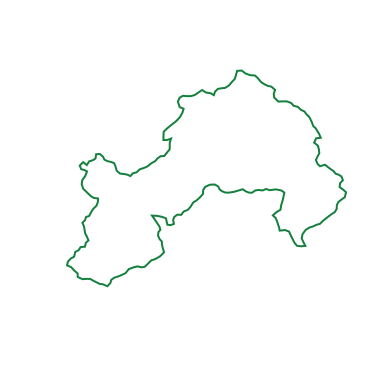 Prados, Minas Gerais, Brazil (orthographic projection), rotated 67°
{"feature_id": "56859067B1815621607737", "entity_name": "Prados", "entity_type": "district", "adm_level": 2, "iso_a3": "BRA", "parent_name": "Brazil", "parent_adm1": "Minas Gerais", "projection": "orthographic", "projection_center": [-44.058, -21.117], "detail": "fine", "context": "isolated", "style": "outline", "palette": "green", "viewbox_px": 384, "rotation_deg": 67, "n_neighbors": 0, "source": "geoboundaries", "source_scale": "gbopen_adm2", "svg_char_len": 3245}
<svg xmlns="http://www.w3.org/2000/svg" viewBox="0 0 384 384"><g transform="rotate(67 192 192)"><path d="M245.7,306.7L243.9,302.7L241.3,300.6L240.5,296.8L240.9,293.1L240.9,289.3L240.7,284.8L238.3,280.3L238.5,275.4L239.2,271.1L241.5,268.1L242.4,264.8L240.6,260.1L239.0,256.2L239.4,252.0L238.7,246.5L236.6,241.3L232.1,240.8L228.7,240.2L225.8,239.1L222.9,240.2L218.9,240.3L215.9,238.7L214.4,235.9L211.4,235.4L208.1,236.0L202.5,237.1L198.1,238.0L200.2,233.7L203.3,229.1L206.2,226.2L209.2,226.9L212.6,227.4L214.1,224.7L214.3,221.1L210.4,220.3L208.1,218.2L207.1,214.4L208.8,210.9L206.7,207.2L206.8,202.9L205.2,199.4L202.1,194.9L201.4,190.6L199.9,186.4L198.0,182.6L194.6,181.0L192.4,177.8L192.3,172.6L194.0,168.1L197.1,165.7L200.2,165.6L203.0,164.1L205.4,161.7L206.8,158.9L208.2,153.7L208.8,148.5L209.3,144.2L212.1,142.5L214.6,140.1L216.1,137.1L215.3,133.1L216.1,130.0L218.1,126.5L218.2,122.6L220.7,119.8L222.3,113.9L225.4,109.3L228.6,107.2L231.2,109.0L234.8,111.6L238.8,114.9L242.9,117.5L243.6,122.4L245.1,126.7L248.6,125.2L251.8,125.1L255.2,125.5L258.9,125.7L261.8,126.4L263.4,121.2L266.4,118.1L271.9,118.0L275.8,117.7L279.2,117.4L282.6,116.3L284.7,112.5L285.9,108.7L282.1,109.0L277.6,109.2L274.0,106.7L271.3,102.2L270.6,97.9L271.0,93.6L270.8,90.4L271.3,86.7L269.6,82.4L268.5,78.3L267.2,73.5L266.2,68.3L264.1,65.4L260.7,63.8L258.5,61.4L257.4,57.5L256.5,53.4L252.4,50.3L248.8,52.0L245.1,54.2L241.8,52.3L240.1,48.5L236.2,48.3L233.2,50.4L231.2,52.7L228.1,53.5L224.4,55.9L218.9,58.9L218.3,64.1L215.1,65.5L210.9,65.4L208.3,62.5L206.1,59.7L202.6,58.6L198.5,58.0L194.2,60.3L191.1,56.7L192.4,52.3L188.2,52.3L184.9,52.8L181.7,53.2L178.8,54.6L174.1,54.4L168.9,54.7L165.0,56.3L161.9,57.0L159.1,59.5L155.0,61.3L152.3,64.8L148.9,65.9L145.7,69.2L143.8,73.6L142.5,77.2L137.3,79.4L133.5,78.4L130.5,75.6L126.0,77.8L123.9,80.8L121.3,83.1L117.8,85.5L112.9,86.9L109.3,88.6L107.2,92.8L103.6,96.6L99.7,98.7L98.1,103.1L101.5,105.8L104.7,108.5L106.2,112.1L108.4,116.3L109.1,120.9L108.0,124.5L107.2,127.9L108.6,131.6L111.4,134.0L108.3,136.3L105.7,140.5L102.1,142.8L102.8,146.6L103.8,151.6L103.3,155.6L101.9,159.0L99.9,162.8L100.4,166.6L103.3,169.7L109.0,170.2L112.1,167.2L115.3,169.9L118.2,173.6L120.5,178.6L122.3,185.3L124.0,190.9L125.5,194.5L129.1,196.3L133.0,198.0L134.5,194.2L134.6,190.4L138.1,193.3L143.9,195.8L146.3,200.3L148.0,203.5L146.8,206.9L147.6,210.7L149.1,213.5L149.7,218.4L151.0,222.7L151.1,226.6L150.7,231.1L152.2,235.4L151.7,239.2L153.3,242.5L150.9,244.6L149.1,247.2L147.0,251.0L143.1,253.0L138.2,252.4L135.0,252.4L132.8,254.7L130.6,257.7L128.0,260.0L124.8,260.1L121.1,261.9L119.8,265.5L123.5,267.8L124.0,270.9L123.6,274.7L126.1,278.3L122.0,280.5L123.8,285.0L127.7,285.1L129.7,282.5L132.1,280.6L135.8,284.3L138.1,288.3L141.8,290.5L146.5,290.9L151.4,288.8L156.4,286.7L159.1,284.6L161.3,281.0L164.6,282.7L167.3,285.3L169.0,289.6L171.8,293.6L173.9,296.1L173.6,299.3L176.0,301.4L177.6,304.9L181.5,304.9L184.6,305.6L188.2,306.5L191.9,306.2L196.1,306.2L197.3,309.6L200.5,311.9L199.2,316.1L201.2,319.0L201.6,322.9L205.5,325.8L205.9,329.8L207.8,333.6L210.7,335.7L213.9,332.6L218.5,331.0L222.2,329.1L225.6,330.4L229.4,326.9L230.9,322.7L232.3,319.6L234.7,317.8L237.6,315.4L240.5,312.9L242.2,310.0L245.7,306.7Z" fill="none" stroke="#15803d" stroke-width="2"/></g></svg>